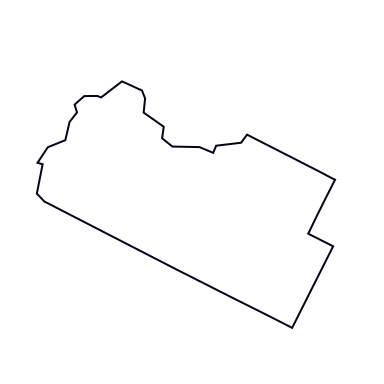 outline of Tate, Mississippi, United States of America, rotated 27°
{"feature_id": "52423323B67875317902203", "entity_name": "Tate", "entity_type": "district", "adm_level": 2, "iso_a3": "USA", "parent_name": "United States of America", "parent_adm1": "Mississippi", "projection": "equal_earth", "projection_center": [-90.006, 34.663], "detail": "fine", "context": "isolated", "style": "outline", "palette": "ink", "viewbox_px": 384, "rotation_deg": 27, "n_neighbors": 0, "source": "geoboundaries", "source_scale": "gbopen_adm2", "svg_char_len": 595}
<svg xmlns="http://www.w3.org/2000/svg" viewBox="0 0 384 384"><g transform="rotate(27 192 192)"><path d="M64.8,267.5L213.2,268.1L241.0,268.0L278.0,267.9L315.1,267.6L342.9,267.6L342.4,176.3L314.5,176.4L314.1,157.2L313.9,136.4L313.9,116.1L309.9,116.2L298.3,116.0L215.0,115.9L213.4,125.8L192.5,139.8L193.1,147.5L178.3,148.6L153.9,160.4L141.0,157.7L137.2,146.7L112.9,143.2L107.7,129.9L101.4,124.3L79.4,125.2L68.1,149.0L64.1,149.4L52.5,155.4L47.7,167.4L53.4,173.3L51.1,185.1L55.6,203.3L43.2,217.6L41.1,236.1L46.3,235.1L54.5,263.9L64.8,267.5Z" fill="none" stroke="#020617" stroke-width="2"/></g></svg>